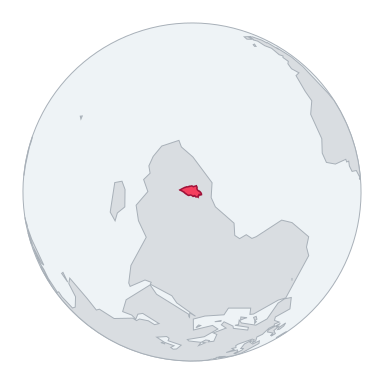 Cuando Cubango highlighted on a globe, orthographic projection, rotated 163°
{"feature_id": "AGO-1888", "entity_name": "Cuando Cubango", "entity_type": "Province", "adm_level": 1, "iso_a3": "AGO", "parent_name": "Angola", "parent_adm1": "", "projection": "orthographic", "projection_center": [19.423, -15.802], "detail": "fine", "context": "on_globe", "style": "filled", "palette": "rose", "viewbox_px": 384, "rotation_deg": 163, "n_neighbors": 0, "source": "natural_earth", "source_scale": "10m", "svg_char_len": 6851}
<svg xmlns="http://www.w3.org/2000/svg" viewBox="0 0 384 384"><g transform="rotate(163 192 192)"><circle cx="192" cy="192" r="169" fill="#eef3f6" stroke="#a8b0b8"/><path d="M26.1,159.8L27.9,154.9L27.3,157.5L28.6,164.5L32.9,164.9L33.9,170.9L33.1,175.7L35.3,175.5L35.4,178.3L46.7,176.8L54.8,181.0L56.1,191.1L52.3,205.0L55.8,231.6L50.8,244.2L54.3,255.1L58.5,272.9L54.9,274.7L60.8,280.8L62.8,286.6L61.7,288.8L65.7,294.0L65.2,295.5L68.5,297.8L73.9,306.2L79.6,310.6L85.1,317.1L88.9,319.5L88.7,320.1L90.1,321.8L92.3,323.5L88.9,322.7L80.9,316.8L76.9,312.7L76.5,313.0L67.3,302.9L69.1,305.5L57.5,292.1L49.4,279.7L33.0,246.6L30.8,241.2L29.5,238.2L26.4,225.4L24.3,212.4L23.2,199.2L23.1,186.0L24.1,172.8L26.1,159.8ZM96.7,325.1L90.2,323.5L92.9,323.9L89.5,320.3L94.8,322.1L96.7,325.1ZM89.0,315.2L88.2,312.5L89.6,313.0L90.4,315.0L89.0,315.2ZM358.3,162.3L358.6,164.3L358.0,160.6L354.2,147.1L356.1,157.9L359.1,171.2L360.2,184.2L359.1,177.7L357.7,166.3L356.3,161.2L354.7,151.4L350.0,135.3L348.7,135.5L347.0,129.8L340.2,116.0L337.3,116.1L334.0,125.9L336.6,140.4L334.1,145.4L323.6,121.3L318.0,107.1L314.8,107.0L303.5,93.8L285.6,88.7L282.6,85.2L279.4,85.9L271.4,81.6L266.6,76.1L262.0,75.8L274.6,90.3L279.5,91.0L283.0,86.8L285.6,91.9L293.3,97.9L286.5,108.2L259.2,115.4L255.8,104.6L231.1,76.3L231.4,73.7L231.3,73.4L231.0,72.8L229.5,77.1L225.0,72.2L239.0,90.4L241.6,98.7L258.8,116.0L257.4,117.6L262.7,121.6L278.8,119.8L279.1,123.5L271.9,139.6L249.0,162.1L251.6,180.2L249.3,195.7L234.1,205.3L234.6,218.1L226.6,222.2L225.6,229.6L218.7,237.4L207.5,244.8L189.4,245.2L189.0,238.2L180.9,225.2L170.1,195.0L175.3,181.1L174.0,171.0L160.9,149.9L163.8,138.0L160.1,133.5L152.6,135.3L148.3,130.1L143.6,130.5L114.5,138.9L105.3,133.5L93.5,115.1L98.6,105.9L99.0,97.0L133.3,63.3L141.2,63.4L168.9,57.3L172.4,58.0L169.8,63.8L191.1,70.3L197.3,65.2L215.9,69.6L227.9,70.1L231.0,59.6L211.4,58.4L207.3,53.4L222.6,50.0L239.6,52.3L238.6,50.5L227.3,45.6L230.6,43.2L223.3,43.9L226.7,45.7L222.2,46.5L218.8,44.9L220.1,43.9L214.8,42.9L209.9,48.5L212.8,51.0L199.2,51.9L202.8,56.4L199.3,58.5L192.0,51.8L192.3,49.5L179.1,43.7L177.6,46.1L189.9,52.0L186.3,51.6L184.3,55.7L183.0,52.3L169.9,46.0L157.3,48.7L142.2,60.6L134.6,62.8L127.9,62.1L132.5,51.6L148.8,48.1L150.7,45.1L146.6,42.1L151.9,41.6L152.3,40.2L158.4,39.2L166.2,35.3L172.3,34.4L174.7,30.9L178.1,30.3L175.7,32.4L177.4,33.7L192.4,33.0L195.1,32.3L195.4,30.3L199.5,30.7L197.9,28.9L206.2,28.5L194.7,27.7L194.8,26.2L199.4,25.3L197.4,24.8L189.9,26.4L188.7,27.3L191.1,28.1L186.2,31.4L181.2,32.3L178.5,28.9L171.1,30.0L172.2,27.6L191.8,23.5L200.3,23.4L215.9,25.5L214.3,25.8L207.9,25.0L214.5,26.7L213.7,26.1L217.1,26.7L218.0,26.0L220.5,26.4L217.1,25.3L220.3,25.8L222.3,26.5L226.3,26.7L232.6,28.0L232.4,27.9L231.5,27.7L243.3,31.0L254.8,35.1L266.0,40.1L276.8,45.8L287.1,52.3L297.0,59.6L306.3,67.5L315.0,76.1L323.0,85.3L330.4,95.1L337.0,105.3L342.9,116.1L348.0,127.2L352.3,138.6L355.7,150.4L358.3,162.3ZM122.3,78.0L121.5,80.6L122.3,78.0ZM258.5,61.2L268.2,63.5L262.5,56.6L265.8,57.1L262.6,54.8L262.0,56.1L254.1,50.2L257.8,49.6L256.0,47.2L252.6,46.4L247.1,48.7L258.4,56.8L256.7,58.9L258.5,61.2ZM28.0,154.7L28.0,155.9L27.5,156.7L28.0,154.7ZM81.5,64.2L81.4,64.3L81.5,64.2L81.5,64.2ZM148.2,35.2L150.5,35.4L148.4,37.0L140.7,39.4L143.5,37.0L148.2,35.2ZM154.2,35.5L153.7,32.2L158.4,31.0L155.9,32.2L159.1,31.7L155.8,33.5L160.8,36.1L159.4,37.8L145.9,40.5L151.1,38.5L148.5,38.2L154.2,35.5ZM143.9,30.4L143.8,30.2L154.3,27.7L153.3,28.3L145.5,30.3L142.2,31.0L143.9,30.4ZM176.1,55.7L178.8,55.8L183.0,55.3L181.8,58.2L176.1,55.7ZM167.1,51.4L169.5,50.8L169.8,54.1L167.0,54.3L167.1,51.4ZM170.5,48.0L169.6,50.6L168.4,49.2L170.5,48.0ZM177.9,32.0L180.4,31.6L180.8,32.0L179.6,32.8L177.9,32.0ZM227.9,61.1L224.6,62.9L222.7,61.8L224.2,61.4L227.9,61.1ZM202.2,59.9L208.2,61.3L201.8,60.6L202.2,59.9ZM276.9,294.2L276.7,297.2L274.7,296.8L276.9,294.2ZM276.1,196.7L263.1,223.6L255.8,222.8L255.3,214.0L260.6,197.4L269.5,193.8L274.0,186.9L276.1,196.7ZM359.2,216.6L359.4,213.1L359.3,208.2L359.8,206.0L359.8,211.4L359.7,212.4L359.2,216.6ZM359.7,205.7L359.1,193.5L355.1,165.3L356.6,167.7L360.2,187.2L360.0,189.2L360.4,198.0L359.7,205.7ZM360.7,201.0L360.9,190.4L360.9,189.2L360.7,201.0ZM337.2,142.1L340.5,152.3L338.9,152.9L337.2,142.1ZM328.6,291.5L328.7,291.0L331.1,287.1L334.1,283.0L343.4,266.4L342.9,267.5L347.7,257.3L348.0,256.9L342.5,268.9L336.0,280.4L328.6,291.5Z" fill="#d9dde1" stroke="#a8b0b8" stroke-width="1"/><path d="M199.2,193.1L199.3,193.2L199.4,193.4L199.4,193.5L199.5,193.7L199.6,193.8L199.5,194.0L199.7,194.3L199.9,194.6L200.0,194.6L200.3,194.7L200.3,194.8L200.6,195.2L200.7,195.3L200.8,195.4L200.9,195.5L201.1,195.6L201.3,195.8L201.4,196.1L201.5,196.2L201.6,196.3L201.9,196.4L202.0,196.5L202.3,196.8L202.4,197.0L202.5,197.0L202.8,197.2L203.0,197.3L203.1,197.5L200.6,198.0L197.6,198.5L197.4,198.5L197.4,198.4L197.2,198.4L196.9,198.3L196.7,198.3L196.2,198.5L195.9,198.6L195.7,198.5L195.5,198.4L195.4,198.4L195.2,198.4L194.8,198.2L194.7,198.2L194.4,198.1L194.2,198.1L193.9,198.2L193.7,198.2L193.0,198.1L192.9,198.2L192.7,198.0L192.0,198.1L191.5,197.9L191.4,197.9L191.2,197.9L190.9,198.0L190.5,197.9L190.3,197.8L190.1,197.7L189.9,197.5L189.8,197.4L189.7,197.3L189.6,197.2L189.4,196.9L189.3,196.7L186.0,196.7L186.0,196.2L185.8,195.6L185.8,195.3L185.8,195.1L185.8,194.9L186.0,194.5L186.0,194.3L186.2,194.0L186.3,193.9L186.3,193.7L186.3,193.3L186.2,192.8L186.2,192.4L186.1,192.2L185.6,191.4L185.4,191.2L185.2,191.0L185.2,190.9L184.9,190.8L184.9,190.7L184.7,190.6L184.7,190.4L184.5,190.2L184.4,190.2L184.2,190.0L184.2,189.9L184.3,189.9L184.2,189.7L184.1,189.3L184.1,189.2L184.0,188.9L183.9,188.8L183.8,188.7L183.7,188.7L183.7,188.3L183.7,188.1L183.6,187.9L183.5,187.5L183.6,187.3L183.6,187.2L183.6,186.9L183.7,186.7L183.9,186.8L184.0,186.7L184.3,186.7L184.5,186.8L184.7,186.7L184.8,186.7L185.0,186.7L185.0,186.8L185.1,187.0L185.3,187.3L185.5,187.4L185.6,187.5L185.8,187.6L186.0,187.6L186.0,187.4L186.1,187.2L186.3,186.9L186.5,186.7L186.8,186.7L187.0,186.6L187.3,186.4L187.4,186.0L187.3,185.9L187.6,185.7L187.8,185.6L187.8,185.4L187.9,185.5L188.5,185.8L188.8,185.9L189.2,186.0L189.4,186.1L189.5,186.1L189.7,186.3L189.8,186.3L189.9,186.5L190.0,186.5L190.1,186.8L190.2,187.0L190.2,187.3L190.3,187.4L190.3,187.5L190.5,187.8L190.8,187.8L191.0,187.8L191.3,187.8L191.3,187.6L191.4,187.4L191.5,187.4L191.6,187.5L192.0,187.6L192.3,187.5L192.5,187.8L192.6,188.0L192.8,188.3L192.9,188.5L193.0,188.5L193.3,188.8L193.5,189.0L193.8,189.3L194.1,189.5L194.3,189.5L194.5,189.6L194.8,189.6L195.0,189.6L195.3,189.6L195.5,189.6L195.8,189.6L196.0,189.6L196.3,189.7L196.4,189.8L196.6,190.1L196.8,190.2L196.8,190.3L197.0,190.4L197.2,190.5L197.3,190.8L197.5,190.9L197.6,191.1L197.7,191.3L197.8,191.4L197.9,191.5L198.0,191.7L198.0,191.8L198.2,192.1L198.3,192.2L198.5,192.2L198.5,192.3L198.7,192.5L198.8,192.6L198.8,192.8L199.0,192.9L199.1,193.0L199.2,193.1Z" fill="#f43f5e" stroke="#9f1239" stroke-width="1.5"/></g></svg>